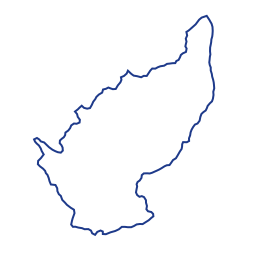 the district of Marilândia, Espírito Santo, Brazil, rotated 264°
{"feature_id": "56859067B58826799202439", "entity_name": "Marilândia", "entity_type": "district", "adm_level": 2, "iso_a3": "BRA", "parent_name": "Brazil", "parent_adm1": "Espírito Santo", "projection": "mercator", "projection_center": [-40.514, -19.428], "detail": "fine", "context": "isolated", "style": "outline", "palette": "blue", "viewbox_px": 256, "rotation_deg": 264, "n_neighbors": 0, "source": "geoboundaries", "source_scale": "gbopen_adm2", "svg_char_len": 2838}
<svg xmlns="http://www.w3.org/2000/svg" viewBox="0 0 256 256"><g transform="rotate(264 128 128)"><path d="M231.3,218.0L230.1,212.8L228.3,210.1L224.0,206.1L222.2,203.6L218.6,198.5L217.4,196.1L213.8,196.5L210.8,194.8L207.8,195.2L205.4,194.3L203.2,193.6L200.9,194.6L197.6,193.6L196.5,190.3L195.1,188.2L192.9,187.1L190.4,185.4L189.6,183.1L187.6,181.8L187.8,179.0L187.7,176.2L187.7,173.5L186.2,170.5L186.0,166.6L185.3,164.0L184.2,161.4L184.6,158.3L182.8,156.2L180.0,153.9L177.8,152.1L178.2,149.1L177.1,146.4L178.6,142.4L179.5,139.1L181.4,137.0L185.0,133.9L182.3,132.4L180.2,129.5L179.2,126.3L176.6,126.5L174.2,125.2L171.5,122.4L168.1,119.9L168.2,117.0L169.2,114.8L170.3,112.7L169.3,110.2L168.9,107.2L165.9,106.0L164.3,102.5L162.2,99.8L160.2,98.5L157.8,96.2L154.7,94.4L151.8,92.3L151.5,89.4L152.6,86.4L155.0,84.3L153.3,81.9L151.8,80.1L149.9,77.0L147.2,78.8L144.3,79.2L141.2,81.0L138.5,80.4L137.6,77.4L138.1,74.7L136.5,71.8L133.9,70.4L131.7,68.3L130.0,65.3L127.4,64.7L125.5,63.2L124.2,61.0L122.7,59.0L120.0,58.5L117.9,60.0L115.4,60.9L112.3,60.8L110.5,58.6L111.3,55.6L112.6,53.2L114.3,50.6L117.1,47.5L119.6,45.4L122.4,43.1L123.8,39.9L125.9,38.5L127.6,36.4L126.5,33.4L124.2,34.1L122.2,35.5L119.9,37.6L116.8,39.1L114.3,39.7L110.5,41.4L107.2,38.3L104.7,35.2L101.4,34.6L99.1,36.4L96.4,39.3L94.0,41.1L91.7,41.6L89.8,43.0L86.6,43.9L83.3,44.4L79.9,45.4L78.9,49.9L75.5,51.3L72.6,51.2L69.4,52.3L67.5,54.1L63.4,55.1L60.4,57.5L58.0,59.2L54.6,62.8L52.4,65.7L48.9,65.9L43.9,63.5L41.6,62.6L37.9,61.4L35.5,62.9L35.3,65.4L34.2,68.1L33.2,71.8L31.9,74.2L31.6,78.0L29.8,80.5L27.0,81.4L25.2,84.1L27.9,86.6L28.9,90.0L27.7,92.1L25.2,91.9L24.7,94.9L26.1,99.8L26.9,104.5L28.2,108.3L30.3,111.5L30.0,114.6L29.3,117.7L29.0,120.8L29.9,123.7L31.2,126.5L31.3,129.8L30.9,132.5L32.4,135.5L34.1,139.0L36.1,141.7L37.5,144.0L40.0,144.0L42.0,142.4L43.1,139.2L45.3,137.8L48.5,138.7L51.8,138.1L54.3,138.3L57.6,136.7L58.8,134.6L58.4,132.2L60.4,130.1L63.1,129.2L66.2,130.1L69.0,131.0L71.2,130.7L73.3,131.9L74.6,134.2L77.0,136.2L79.7,136.8L81.2,139.0L80.9,142.5L80.5,144.9L81.0,147.4L81.8,149.8L82.5,152.0L83.4,154.6L84.5,157.1L86.1,160.3L86.9,162.7L86.8,165.4L88.8,167.2L91.4,169.4L92.9,172.5L95.4,174.4L99.3,177.2L101.5,179.1L103.7,179.8L106.2,180.2L108.2,181.3L107.7,185.0L108.7,187.4L111.4,187.6L114.1,189.0L117.1,189.8L119.7,191.1L122.2,192.9L124.4,194.9L125.2,197.6L127.8,200.0L131.4,201.1L134.3,202.5L135.9,204.6L137.3,207.1L139.5,208.5L141.6,209.5L144.0,212.0L145.7,214.3L148.2,215.5L151.9,216.5L155.1,216.6L158.4,217.9L161.8,218.0L164.4,218.0L167.2,217.7L170.3,217.1L173.0,217.0L176.6,216.3L179.6,216.6L182.1,215.9L184.8,215.7L186.9,216.2L190.4,216.9L192.5,217.6L195.7,217.6L199.5,218.1L202.3,219.0L204.7,219.7L207.4,220.2L210.1,221.3L212.2,221.8L215.7,222.4L219.7,222.6L223.0,222.0L225.2,221.0L227.3,220.1L231.3,218.0Z" fill="none" stroke="#1e3a8a" stroke-width="2"/></g></svg>